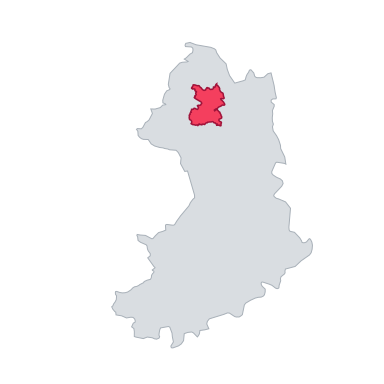 Telimele, Télimélé, Guinea (highlighted), rotated 74°
{"feature_id": "49546643B50480493924889", "entity_name": "Telimele", "entity_type": "district", "adm_level": 2, "iso_a3": "GIN", "parent_name": "Guinea", "parent_adm1": "Télimélé", "projection": "mercator", "projection_center": [-13.353, 10.89], "detail": "fine", "context": "in_parent", "style": "filled", "palette": "rose", "viewbox_px": 384, "rotation_deg": 74, "n_neighbors": 0, "source": "geoboundaries", "source_scale": "gbopen_adm2", "svg_char_len": 7398}
<svg xmlns="http://www.w3.org/2000/svg" viewBox="0 0 384 384"><g transform="rotate(74 192 192)"><path d="M234.5,250.5L231.5,250.1L230.1,250.6L226.1,255.4L223.7,257.2L220.0,256.6L218.7,257.0L217.7,256.4L219.0,253.8L220.9,248.7L225.9,243.5L226.0,242.4L224.0,239.4L221.8,235.3L221.8,230.9L221.4,227.7L217.1,226.8L216.3,226.3L216.2,225.2L218.6,219.7L218.8,218.5L218.5,217.6L215.8,214.7L211.7,209.5L204.5,198.8L201.8,196.5L199.3,193.2L198.3,191.1L195.6,190.4L170.6,190.5L170.2,193.3L161.5,195.2L156.2,193.1L150.3,194.3L147.5,195.8L145.2,202.0L144.0,203.4L142.7,206.2L141.6,207.7L140.3,210.8L137.5,215.2L134.5,218.0L129.5,219.6L128.0,224.2L126.8,225.9L124.9,227.3L122.8,228.2L118.7,227.3L116.4,228.1L116.0,226.9L117.3,223.3L116.3,221.4L112.4,217.6L112.0,215.7L110.8,213.3L105.6,208.4L100.8,208.7L102.1,204.6L102.1,199.2L100.4,196.2L100.8,193.1L99.9,193.3L98.3,195.4L95.7,194.8L90.4,191.5L87.8,188.4L87.5,185.7L86.9,184.6L85.3,185.2L82.0,185.1L71.9,180.4L64.7,168.3L64.6,165.6L65.6,160.9L65.4,159.7L62.1,162.8L61.5,160.7L58.9,155.9L58.2,153.1L55.8,151.9L53.9,151.6L52.4,152.6L50.4,158.2L48.9,158.2L47.4,157.0L47.7,152.7L51.6,147.5L58.1,134.1L60.4,131.1L61.9,130.0L64.9,129.9L70.9,128.1L78.2,123.9L83.9,124.3L90.5,123.8L99.1,120.9L99.2,111.9L98.9,109.9L95.9,108.1L94.1,106.6L92.5,104.6L90.7,103.2L90.7,101.7L94.6,99.8L98.1,99.8L99.3,99.0L100.1,97.8L101.1,94.5L101.5,91.1L99.2,86.5L99.3,83.2L112.0,83.7L118.9,84.6L124.6,84.9L125.6,85.6L124.8,88.8L125.5,90.6L127.4,91.1L130.6,88.9L132.3,89.4L135.8,92.2L139.2,92.9L142.8,94.4L146.2,95.2L149.2,95.1L151.5,96.7L155.7,97.1L161.2,95.2L165.5,94.3L171.5,94.1L174.7,94.8L183.9,93.2L191.1,94.1L190.0,95.2L186.7,102.3L187.0,103.6L194.4,109.7L196.1,110.2L198.1,109.3L201.3,106.5L203.8,103.5L206.2,102.0L209.0,102.1L211.2,104.2L216.5,113.2L217.8,114.4L219.0,114.3L221.3,112.7L222.5,110.7L227.3,104.8L234.8,101.8L252.6,108.6L255.3,109.1L256.8,108.6L259.0,104.6L265.7,101.1L269.0,100.2L270.8,100.1L271.5,99.0L271.8,97.3L271.5,95.6L269.4,92.6L269.3,91.7L270.5,91.1L273.1,90.6L276.4,90.9L280.1,92.3L283.2,94.2L284.9,96.4L288.2,106.0L292.0,113.4L291.8,123.4L293.5,124.4L295.3,124.8L296.2,125.6L298.0,129.8L299.7,130.9L301.8,131.2L305.6,133.9L308.1,134.9L308.4,135.7L308.4,136.8L307.4,138.2L303.7,140.9L301.8,143.3L298.0,148.9L297.9,150.0L298.7,150.7L300.3,150.9L302.0,150.5L305.5,148.4L308.2,149.2L310.8,150.7L311.8,152.4L312.1,154.5L311.5,157.3L311.4,160.4L312.2,165.6L313.6,170.9L315.0,172.8L323.8,177.4L324.6,179.2L325.1,181.1L324.4,183.8L323.5,185.3L318.7,189.4L318.0,191.3L318.4,195.0L318.7,210.3L320.6,212.9L322.9,214.2L328.1,213.5L328.0,217.8L327.3,222.6L330.4,224.0L331.9,225.5L332.8,226.8L327.9,229.4L326.5,230.8L325.8,234.8L326.0,238.5L332.6,241.1L335.1,244.2L336.2,247.4L336.6,253.4L336.0,254.8L334.3,254.8L331.0,251.2L325.9,250.8L322.1,250.1L315.8,250.6L314.8,251.7L314.0,259.7L315.6,261.0L318.6,262.5L320.5,263.2L322.2,263.0L323.4,264.0L323.7,266.6L322.8,268.5L321.2,270.3L319.1,275.0L319.5,279.2L316.0,285.9L315.0,287.3L310.3,285.9L307.2,285.5L305.0,287.2L301.9,284.6L301.4,282.5L300.2,282.1L298.2,282.1L296.3,283.2L295.5,285.3L295.0,289.7L291.6,293.8L289.2,298.9L286.4,298.4L285.8,299.1L282.8,300.4L280.2,300.8L279.6,299.4L278.1,298.3L276.4,296.1L274.5,294.4L270.9,293.1L269.5,293.7L267.8,293.5L266.6,292.8L266.8,291.8L268.7,289.1L269.8,286.7L270.4,284.0L270.4,281.4L269.3,277.8L267.7,275.0L267.3,273.3L267.5,271.0L267.1,268.8L266.6,267.7L265.8,263.5L264.9,262.7L264.4,259.4L264.5,256.0L263.1,254.7L260.9,253.8L259.6,252.4L258.8,250.9L258.0,250.5L257.3,250.6L256.7,251.5L256.0,251.7L254.7,248.5L254.2,248.4L253.3,249.1L243.1,252.7L241.8,249.7L239.8,249.1L236.5,250.3L234.5,250.5Z" fill="#d9dde1" stroke="#a8b0b8" stroke-width="1"/><path d="M102.3,163.6L104.4,161.9L104.4,161.7L105.6,160.7L107.6,158.7L108.6,158.2L109.1,158.2L109.6,158.3L109.7,158.7L110.2,159.2L110.6,159.4L110.6,159.7L110.8,159.9L110.8,160.8L110.4,161.6L110.4,162.8L110.5,163.0L110.9,163.0L111.2,162.9L111.3,162.8L111.6,162.8L111.9,162.6L112.1,162.5L112.1,162.4L112.4,162.4L112.8,162.8L113.1,162.9L113.4,163.0L113.5,163.1L114.1,163.9L113.9,164.5L113.3,165.1L113.1,165.5L112.7,165.7L112.4,166.3L112.2,166.5L112.1,167.0L112.3,167.2L112.8,167.9L112.8,168.1L112.6,168.6L112.4,169.6L112.7,169.7L112.9,169.8L113.4,169.9L113.5,170.1L113.9,170.6L114.1,170.7L114.2,170.9L114.5,170.9L115.1,170.8L115.1,171.2L115.5,171.9L116.3,172.4L116.7,172.3L117.0,172.5L117.1,173.1L117.4,173.5L117.5,173.5L118.6,173.7L119.5,174.1L120.2,174.3L120.4,174.2L120.7,174.2L121.2,174.4L121.9,174.2L122.3,173.6L123.0,173.1L123.9,172.9L124.4,172.9L125.1,173.2L125.8,173.6L125.8,173.8L125.9,174.0L126.1,174.0L126.9,173.3L127.1,172.9L127.3,172.6L127.5,172.6L127.7,172.0L128.0,171.3L128.8,170.1L128.9,169.6L128.8,169.3L129.0,168.6L129.4,168.1L129.7,168.0L129.4,167.5L128.9,167.3L128.7,166.8L128.6,166.2L128.9,165.9L129.0,165.8L129.1,166.1L129.3,166.1L129.5,165.2L130.2,164.0L130.1,163.8L129.7,163.7L129.7,162.8L129.9,162.4L130.4,161.7L130.6,161.2L130.3,160.7L130.0,160.5L129.7,160.0L129.4,158.5L129.6,158.2L129.3,158.0L129.2,157.6L129.5,156.5L129.5,155.7L129.9,154.5L130.0,152.9L130.5,152.2L131.5,151.8L131.8,151.4L131.8,150.9L132.2,150.5L133.4,150.0L133.6,149.1L134.0,149.2L134.7,149.7L134.8,149.3L135.0,148.2L135.3,147.7L135.3,147.3L135.9,147.0L136.2,146.6L136.2,146.2L136.2,145.9L135.9,145.7L134.3,145.3L133.9,144.8L133.4,144.6L133.0,144.6L132.6,144.8L132.1,145.5L131.4,146.1L130.8,146.4L129.8,146.1L129.5,145.9L129.4,145.4L129.4,144.1L129.1,143.4L128.9,143.0L128.4,142.9L128.0,142.8L127.8,142.7L127.4,142.7L127.2,142.9L126.5,143.0L126.3,143.0L126.0,143.0L125.8,142.9L125.6,142.9L125.4,142.9L125.2,143.0L124.8,143.1L124.4,143.2L124.2,143.3L123.9,143.4L123.7,143.4L123.2,143.2L123.1,143.3L122.8,143.4L122.7,143.5L122.6,143.8L122.3,143.9L122.0,144.0L121.7,144.2L121.3,144.4L121.0,144.5L120.7,144.7L120.5,144.8L120.4,144.8L120.1,144.9L119.8,144.9L119.5,144.9L119.4,145.0L119.2,145.0L119.4,145.6L119.9,146.8L120.2,147.8L119.7,147.9L119.5,148.0L119.4,148.0L118.8,146.4L118.7,144.6L117.7,143.1L117.5,141.2L117.2,139.8L116.8,139.2L116.8,138.8L117.4,137.2L117.1,136.5L116.8,136.4L116.3,136.4L115.6,136.5L115.1,136.8L114.2,136.9L113.4,137.4L112.4,137.8L111.6,138.5L111.0,138.7L110.3,138.7L110.2,138.1L111.0,136.0L110.8,135.4L110.5,135.2L109.5,135.2L109.1,135.4L108.1,135.2L107.8,135.2L107.2,135.1L106.1,135.0L105.5,135.1L105.3,135.2L104.5,136.1L103.3,136.9L103.0,137.0L101.0,137.3L100.6,137.0L100.3,136.9L99.2,137.0L98.9,137.0L98.3,137.4L97.1,137.8L96.7,138.0L96.2,138.4L95.8,138.6L95.2,138.7L94.8,138.5L94.9,138.8L95.3,139.1L95.4,139.5L96.1,139.8L96.2,140.1L96.5,140.4L96.8,140.3L97.2,140.9L97.5,141.0L97.6,141.6L97.2,141.9L97.0,142.4L97.3,142.6L98.2,142.8L98.6,143.3L98.9,144.3L98.6,144.9L98.7,145.6L98.0,146.6L97.0,146.9L96.6,147.2L96.5,148.2L96.2,148.2L95.9,148.4L95.8,148.9L97.6,151.1L97.7,151.4L97.5,152.0L97.7,151.8L97.7,152.2L97.4,152.9L96.0,153.9L94.5,154.4L93.6,155.2L91.8,155.9L91.5,156.5L91.4,157.3L90.9,158.2L89.8,159.8L89.6,160.7L89.4,160.9L89.5,161.5L89.8,161.5L90.3,161.9L91.8,163.7L92.3,163.8L92.6,163.5L92.4,163.1L92.4,162.9L92.6,162.8L93.1,163.1L93.3,162.9L93.4,161.7L93.6,161.3L93.9,160.9L94.1,160.8L94.6,161.1L95.4,161.2L95.7,161.0L95.9,160.7L96.4,160.7L96.7,160.1L97.2,160.2L97.9,161.2L98.4,161.3L98.7,161.2L99.6,161.1L99.8,161.3L100.1,162.4L100.5,162.3L101.1,162.6L100.9,162.8L101.1,162.9L101.0,163.0L101.4,163.4L101.5,163.4L101.7,163.7L102.3,163.6Z" fill="#f43f5e" stroke="#9f1239" stroke-width="1.5"/></g></svg>